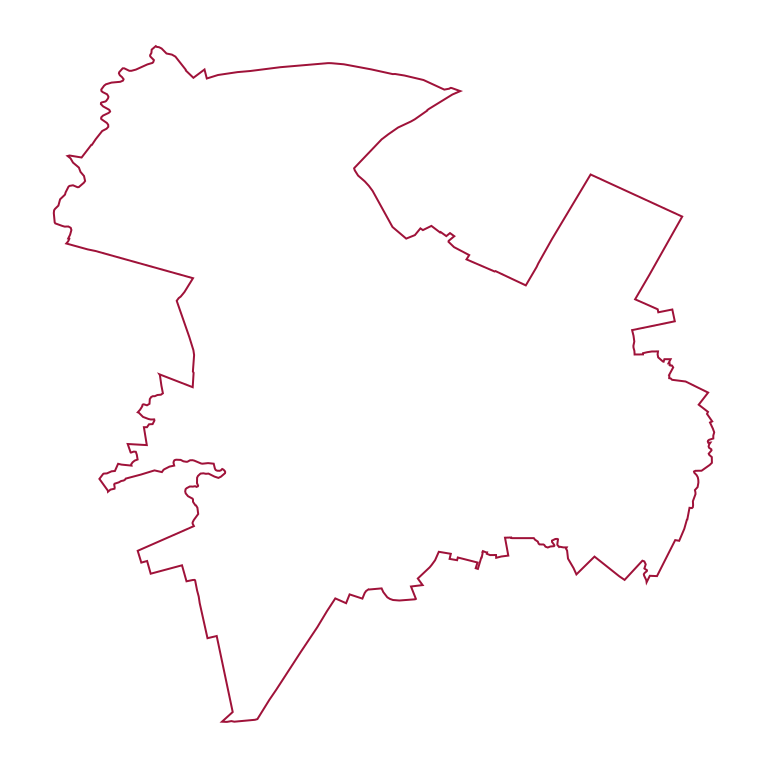 outline of Timisoara, Timis, Romania
{"feature_id": "2599482B15929975886396", "entity_name": "Timisoara", "entity_type": "district", "adm_level": 2, "iso_a3": "ROU", "parent_name": "Romania", "parent_adm1": "Timis", "projection": "natural_earth1", "projection_center": [21.198, 45.759], "detail": "fine", "context": "isolated", "style": "outline", "palette": "rose", "viewbox_px": 768, "rotation_deg": 0, "n_neighbors": 0, "source": "geoboundaries", "source_scale": "gbopen_adm2", "svg_char_len": 6024}
<svg xmlns="http://www.w3.org/2000/svg" viewBox="0 0 768 768"><path d="M269.5,699.6L276.2,689.8L300.8,651.9L317.3,627.2L327.0,611.1L335.3,598.4L346.1,603.2L349.6,594.4L362.4,598.6L364.7,593.0L366.1,591.0L368.6,589.3L369.2,589.5L381.6,588.4L383.3,592.1L387.3,597.3L389.9,598.9L393.0,600.0L399.4,600.5L415.1,599.3L415.9,598.9L411.0,586.5L422.6,585.1L417.8,578.5L429.7,567.3L431.6,565.0L435.1,560.2L438.8,551.8L450.8,553.8L449.6,558.9L457.1,560.2L457.8,557.5L477.5,562.5L475.7,568.2L477.9,568.9L481.3,557.5L481.7,557.5L482.5,553.7L482.7,552.3L482.4,552.1L482.9,551.1L486.2,552.4L487.1,552.4L486.8,553.8L490.1,555.1L496.0,555.0L496.2,557.8L501.3,556.5L508.3,555.6L505.0,537.7L511.1,537.5L511.1,538.0L511.9,538.1L533.8,538.1L535.0,539.7L537.8,541.6L538.6,543.6L539.5,544.4L543.5,544.5L544.3,545.0L545.5,546.7L547.8,547.5L550.4,546.5L553.9,546.2L554.4,545.7L554.2,544.9L552.0,541.9L552.0,540.6L555.3,539.0L557.1,538.9L558.0,539.3L557.3,544.3L557.5,545.1L559.1,547.0L559.6,546.7L563.4,547.4L566.7,547.4L566.0,548.7L567.1,550.6L568.0,558.6L573.6,568.2L576.4,574.4L594.5,556.6L619.3,576.3L624.6,579.9L642.4,560.7L644.3,561.4L645.7,564.3L644.4,568.5L647.0,570.3L646.8,571.2L644.7,572.9L643.8,574.2L644.1,575.6L646.3,580.2L646.6,582.3L649.8,575.8L657.0,576.1L675.2,540.1L679.2,540.8L684.3,528.8L686.9,519.6L687.3,519.5L689.5,507.8L691.9,508.1L692.8,507.3L693.1,505.2L692.9,501.2L695.5,494.1L695.4,492.1L694.9,490.1L697.6,487.1L698.4,482.6L698.3,479.8L697.8,477.3L696.6,475.1L694.3,472.7L694.0,471.5L695.4,470.8L701.6,470.7L709.8,464.9L711.9,462.8L711.8,457.1L709.2,454.8L708.7,453.7L711.5,450.4L711.3,449.3L709.1,447.8L708.6,446.5L709.1,444.5L710.4,442.6L708.3,442.8L707.8,441.6L708.1,440.6L709.1,439.8L713.3,438.5L713.3,435.6L714.2,432.3L712.9,428.7L710.0,422.5L712.2,421.4L707.0,413.9L708.0,411.9L698.7,404.7L708.1,392.6L685.6,381.5L672.1,379.8L670.6,378.4L669.2,378.2L669.3,375.5L669.0,375.2L673.2,367.4L672.0,365.6L670.4,365.5L670.4,365.1L669.6,365.0L669.6,363.3L668.5,363.3L670.6,359.2L664.4,359.2L663.6,361.7L662.9,361.5L658.2,357.4L657.6,354.4L658.0,351.4L651.7,351.5L647.2,352.2L643.0,353.2L643.0,354.4L634.6,354.5L634.4,351.0L633.5,347.6L633.4,345.8L634.3,341.5L633.5,335.7L632.1,330.1L674.8,321.3L672.3,309.5L658.3,312.3L657.7,309.3L635.1,299.3L649.3,275.0L682.2,216.6L590.6,174.5L551.9,239.2L538.3,263.4L536.5,267.2L525.8,285.4L495.5,271.1L494.6,271.5L466.5,259.4L469.2,255.1L454.0,247.1L448.5,241.8L448.7,240.8L454.3,236.2L450.0,233.1L446.3,236.1L440.6,232.0L440.1,232.5L431.4,225.9L422.9,230.1L420.4,228.4L414.9,235.1L406.2,238.6L392.5,227.0L372.6,190.9L368.9,185.9L364.8,181.4L358.1,175.6L354.8,170.4L354.1,168.3L354.3,168.0L381.6,139.4L388.3,134.3L398.1,127.5L410.9,121.5L414.8,119.3L427.2,110.6L427.3,110.1L428.8,109.0L452.4,94.5L460.3,91.1L451.6,88.0L450.6,87.9L449.2,88.7L444.3,89.6L423.5,80.0L404.4,75.5L395.1,74.0L392.7,74.1L371.3,69.4L343.9,64.3L331.5,63.2L328.3,63.1L280.3,67.2L250.3,71.0L237.6,72.1L218.0,75.0L206.8,78.5L204.5,69.5L193.4,77.8L185.8,70.5L185.8,69.8L175.4,56.6L171.9,54.6L166.5,53.5L161.6,48.5L159.0,47.2L156.8,46.9L155.8,46.1L151.7,49.6L151.4,52.9L150.1,55.2L150.2,56.2L150.7,56.9L153.9,60.1L153.3,62.0L152.5,62.9L147.4,64.4L135.9,69.6L131.4,70.8L129.3,70.8L124.2,68.3L122.7,68.3L119.2,72.2L118.9,73.3L119.8,75.2L122.0,77.1L123.6,79.2L123.0,80.6L120.3,81.8L111.5,82.6L105.9,84.3L104.1,85.7L101.3,89.5L101.4,90.9L102.5,92.0L107.1,94.3L108.4,96.5L108.3,97.6L107.8,98.7L106.2,100.9L105.4,101.5L101.5,102.5L101.0,102.9L100.9,104.1L103.1,106.4L108.9,109.6L109.6,110.3L110.1,111.6L108.7,112.9L103.0,115.6L101.3,117.3L101.1,118.5L101.3,119.1L106.9,123.0L108.2,124.8L108.3,126.8L106.6,128.7L102.2,131.0L95.7,139.2L91.9,144.9L91.3,144.9L81.6,157.5L69.5,155.5L67.6,156.0L70.5,158.3L73.0,162.6L78.9,167.6L80.5,171.9L84.0,176.0L85.1,181.0L83.9,182.7L78.8,187.1L77.5,187.2L73.0,185.3L69.5,185.9L68.5,186.7L65.6,192.4L65.0,194.6L60.1,199.3L58.4,205.6L55.0,208.9L54.1,210.3L53.8,213.1L54.7,222.4L55.3,223.4L62.2,225.9L64.6,226.6L68.4,226.5L70.7,227.8L71.4,230.0L71.1,231.1L70.1,234.7L68.2,238.5L69.3,238.7L69.2,239.1L68.1,241.4L66.3,243.5L87.7,249.4L95.5,251.0L193.0,278.2L184.4,292.1L180.7,296.6L178.7,298.1L176.7,300.8L189.3,337.0L193.4,350.2L194.1,355.0L192.9,371.5L193.6,372.8L192.7,387.2L159.4,374.3L159.9,375.1L161.4,385.6L162.9,393.3L160.9,394.7L157.4,395.0L154.8,396.2L152.8,396.2L151.2,397.0L149.8,399.1L149.5,403.8L147.0,405.3L143.7,404.3L142.7,404.6L142.3,405.5L142.3,406.2L140.1,409.7L137.8,412.3L138.8,412.7L143.0,416.9L148.5,419.0L150.8,419.5L154.2,419.4L154.4,420.6L152.6,424.1L149.0,424.3L147.0,427.2L143.9,427.2L146.8,445.1L127.7,444.0L130.6,452.4L130.9,452.6L133.8,451.6L135.8,451.8L136.8,454.7L137.6,459.5L134.7,460.6L132.6,462.3L131.2,464.3L131.5,465.6L121.5,464.6L118.1,463.8L114.9,471.0L111.6,471.3L106.9,473.4L103.8,473.6L103.1,474.0L99.4,478.9L107.9,490.7L108.0,491.7L110.5,489.6L114.5,488.7L114.7,487.6L114.2,484.5L114.6,483.7L118.7,482.4L121.2,481.0L123.7,480.5L125.2,479.5L125.7,478.6L140.8,474.6L154.5,470.4L161.9,472.1L163.6,469.7L165.0,468.9L169.5,466.6L174.2,465.6L173.5,462.8L173.8,461.3L174.5,460.2L176.1,459.7L180.7,459.9L183.4,461.3L186.4,461.8L187.5,461.7L190.0,460.3L192.5,460.2L194.2,460.6L201.1,463.5L202.5,463.7L208.1,463.1L213.7,463.7L214.9,468.6L215.7,470.0L217.2,470.7L219.5,470.8L220.8,470.4L222.2,469.0L223.4,469.6L224.7,470.9L225.2,472.0L225.0,473.2L220.9,476.7L218.4,477.9L214.5,476.6L208.5,473.6L205.9,473.8L203.4,473.3L200.5,473.6L198.0,475.9L197.1,477.7L197.0,483.2L198.1,485.6L197.9,486.3L196.5,486.9L195.1,486.2L193.0,486.6L189.8,486.5L186.6,488.2L185.6,489.2L185.2,491.4L185.7,493.4L188.0,496.2L192.6,498.7L193.0,499.6L193.0,501.6L193.3,502.3L195.4,505.3L196.0,505.4L197.4,507.7L198.2,514.0L193.8,520.0L192.6,522.4L192.6,523.6L193.9,526.1L137.7,550.8L141.3,562.6L147.1,561.0L150.7,573.7L182.0,565.3L186.5,581.3L192.8,580.0L194.5,579.9L195.1,580.3L197.1,590.5L198.7,596.5L199.7,603.1L207.5,638.2L216.7,636.0L232.7,712.0L222.0,721.7L226.9,721.9L231.4,721.1L234.3,721.7L254.9,719.8L257.4,719.1L269.5,699.6Z" fill="none" stroke="#9f1239" stroke-width="2"/></svg>